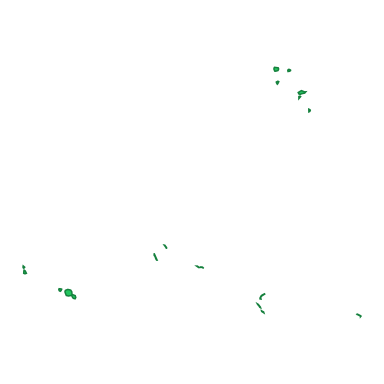 an SVG outline of French Polynesia
{"feature_id": "PYF", "entity_name": "French Polynesia", "entity_type": "country or territory", "adm_level": 0, "iso_a3": "PYF", "parent_name": "Oceania", "parent_adm1": "", "projection": "robinson", "projection_center": [-142.778, -14.829], "detail": "medium", "context": "isolated", "style": "filled", "palette": "green", "viewbox_px": 384, "rotation_deg": 0, "n_neighbors": 0, "source": "natural_earth", "source_scale": "50m", "svg_char_len": 1868}
<svg xmlns="http://www.w3.org/2000/svg" viewBox="0 0 384 384"><path d="M72.0,294.4L75.2,295.6L75.8,297.5L75.1,298.8L73.5,298.4L72.7,297.7L71.6,295.4L68.5,296.0L66.3,295.5L65.1,292.5L65.0,291.2L65.5,290.3L67.8,289.4L70.7,290.1L71.8,291.8L72.0,294.4ZM301.4,90.6L304.7,91.9L305.8,91.8L304.7,93.1L301.4,93.8L300.3,94.4L298.9,94.0L298.2,92.5L301.4,90.6ZM277.9,70.6L275.7,71.2L274.7,71.1L273.9,69.0L274.2,67.7L274.5,67.3L278.2,67.8L278.6,68.8L278.5,69.6L277.9,70.6ZM25.4,273.7L24.5,273.7L23.7,273.3L23.9,270.7L24.1,270.1L25.3,271.0L26.4,273.3L25.4,273.7ZM61.0,290.7L60.3,291.3L59.4,290.9L59.0,290.2L58.8,289.6L59.1,288.7L61.1,288.9L61.7,289.2L61.0,290.7ZM289.5,71.3L288.0,71.5L287.8,70.3L288.2,69.6L288.9,69.3L290.0,69.7L290.6,70.2L290.5,70.7L289.5,71.3ZM277.8,83.7L277.3,84.2L276.4,82.7L276.3,82.0L277.9,81.2L278.8,81.7L277.8,83.7ZM154.1,253.3L157.1,260.1L156.6,260.1L155.8,258.8L155.0,256.4L154.2,255.5L154.1,253.3ZM260.9,298.6L261.0,299.1L260.0,298.9L260.0,298.0L261.1,295.9L262.0,295.1L263.7,294.2L264.5,293.8L264.7,294.1L261.7,296.0L260.8,297.3L260.4,298.1L260.5,298.4L260.9,298.6ZM309.7,111.5L308.9,111.9L308.8,109.2L309.9,109.7L310.3,110.2L310.1,110.9L309.7,111.5ZM260.4,307.1L260.6,307.8L259.8,307.3L259.0,306.0L257.6,304.4L257.3,303.8L258.3,304.4L260.4,307.1ZM24.1,268.0L23.7,268.2L23.2,267.8L23.0,267.1L23.2,265.9L24.7,267.2L24.1,268.0ZM300.6,96.6L298.9,98.6L298.9,96.5L299.5,96.2L300.0,96.2L300.6,96.6ZM361.0,316.1L360.5,316.7L360.5,316.2L357.8,314.7L357.2,314.6L356.9,314.3L357.3,314.1L358.0,314.4L360.2,315.5L361.0,316.1ZM166.6,247.6L166.5,248.8L166.1,247.7L164.2,245.1L164.8,245.2L166.6,247.6ZM263.6,311.9L263.9,312.9L261.7,311.5L261.5,310.8L263.6,311.9ZM202.5,267.1L203.7,268.3L202.1,267.5L200.1,267.1L200.8,266.9L202.5,267.1ZM199.6,267.5L198.7,267.6L196.6,266.1L197.4,266.1L198.6,267.0L199.6,267.5Z" fill="#22c55e" stroke="#15803d" stroke-width="1.5"/></svg>